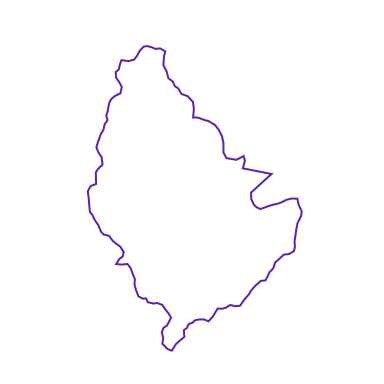 outline of Campestre de Goiás, Goiás, Brazil, rotated 349°
{"feature_id": "56859067B36486008417996", "entity_name": "Campestre de Goiás", "entity_type": "district", "adm_level": 2, "iso_a3": "BRA", "parent_name": "Brazil", "parent_adm1": "Goiás", "projection": "robinson", "projection_center": [-49.702, -16.781], "detail": "fine", "context": "isolated", "style": "outline", "palette": "violet", "viewbox_px": 384, "rotation_deg": 349, "n_neighbors": 0, "source": "geoboundaries", "source_scale": "gbopen_adm2", "svg_char_len": 2065}
<svg xmlns="http://www.w3.org/2000/svg" viewBox="0 0 384 384"><g transform="rotate(349 192 192)"><path d="M192.6,48.9L188.2,45.0L183.3,44.5L179.9,42.1L175.9,40.2L172.2,40.1L167.6,43.5L164.1,47.7L160.5,51.0L154.7,51.4L147.9,49.1L145.9,52.4L143.5,57.7L140.1,59.7L139.2,65.1L141.5,70.2L143.1,75.5L140.6,81.5L134.5,83.1L130.5,85.4L127.9,88.4L126.0,93.0L124.6,96.9L122.4,100.5L122.8,105.3L119.1,109.0L117.0,113.9L113.0,118.5L111.0,122.2L108.9,125.6L106.7,129.8L107.5,134.7L109.9,140.5L109.4,148.0L104.5,151.2L101.3,154.5L100.3,160.4L99.4,165.8L93.7,166.8L89.8,171.5L89.5,177.4L88.8,183.8L88.4,187.6L88.0,192.3L89.8,195.5L91.3,201.2L93.7,206.6L95.0,213.2L97.0,216.8L102.2,219.2L104.9,224.9L107.8,228.3L111.2,231.9L113.5,238.0L111.7,242.0L107.7,244.0L103.9,248.3L109.4,249.9L114.9,250.3L117.3,255.2L118.1,260.7L119.3,266.7L117.9,271.8L118.3,277.4L119.5,284.1L123.2,287.3L126.6,287.7L127.6,291.8L132.8,294.1L136.9,294.4L141.3,297.2L143.4,302.1L145.7,306.5L147.5,311.4L144.8,314.8L141.7,318.6L138.3,319.7L135.6,323.9L135.9,330.0L133.9,335.2L138.0,341.5L141.9,343.9L147.5,338.0L151.6,335.6L156.8,332.8L157.6,326.1L161.1,324.5L163.4,321.1L167.2,320.5L170.6,318.5L175.0,318.5L179.5,319.4L183.6,322.1L188.9,318.1L194.8,311.4L199.9,312.4L203.2,312.0L208.0,310.2L212.6,312.4L217.5,312.8L222.7,307.7L228.6,303.1L231.0,300.2L236.2,296.2L242.5,292.4L247.3,292.8L250.3,288.9L252.7,285.5L257.2,282.5L260.2,277.0L265.3,274.1L270.2,271.0L275.5,271.4L280.8,269.5L282.6,265.3L283.3,259.6L285.4,254.0L287.3,248.5L289.7,242.6L294.7,236.0L296.0,231.7L294.2,224.9L294.2,218.7L288.6,217.4L283.1,217.7L278.0,219.2L274.5,219.8L268.2,220.0L261.3,220.9L255.9,221.8L252.6,219.4L250.4,216.5L248.8,210.3L249.9,203.8L273.5,189.5L246.4,178.5L249.9,171.5L249.5,166.6L241.6,168.9L236.9,167.0L232.3,165.4L230.4,159.2L232.2,150.1L232.1,143.1L230.2,136.3L227.5,130.8L221.9,125.6L217.9,123.7L211.8,120.0L207.3,119.1L209.7,110.8L210.1,103.7L206.0,97.1L200.4,93.7L198.2,87.6L195.3,84.8L194.2,79.9L190.5,75.7L190.1,68.9L188.1,62.1L190.3,53.8L192.6,48.9Z" fill="none" stroke="#5b21b6" stroke-width="2"/></g></svg>